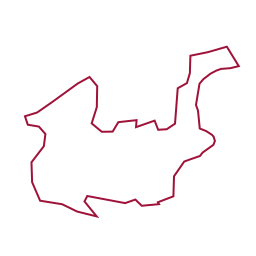 James City, Virginia, United States of America (orthographic projection), rotated 276°
{"feature_id": "52423323B62704656861756", "entity_name": "James City", "entity_type": "district", "adm_level": 2, "iso_a3": "USA", "parent_name": "United States of America", "parent_adm1": "Virginia", "projection": "orthographic", "projection_center": [-76.748, 37.317], "detail": "fine", "context": "isolated", "style": "outline", "palette": "rose", "viewbox_px": 256, "rotation_deg": 276, "n_neighbors": 0, "source": "geoboundaries", "source_scale": "gbopen_adm2", "svg_char_len": 886}
<svg xmlns="http://www.w3.org/2000/svg" viewBox="0 0 256 256"><g transform="rotate(276 128 128)"><path d="M128.9,24.3L120.8,28.0L120.1,39.2L113.4,46.5L101.1,46.2L83.8,35.6L64.1,38.3L46.5,48.2L45.3,70.5L39.6,86.1L36.8,106.1L50.4,92.4L56.1,94.6L53.0,133.0L57.6,142.8L52.1,149.8L55.5,166.8L57.3,165.5L64.8,180.3L84.8,178.8L86.6,179.8L100.5,187.4L103.3,193.1L107.7,202.5L111.4,204.8L120.2,214.7L124.2,215.8L128.3,214.1L130.0,212.2L133.1,206.1L135.0,199.4L152.6,195.8L158.0,193.2L179.6,194.5L184.5,197.9L190.6,204.3L194.3,209.8L196.5,214.4L198.2,223.5L201.1,231.7L219.2,217.8L211.7,199.3L206.4,182.5L189.0,183.8L178.8,181.9L172.7,173.3L137.2,174.3L130.8,166.6L129.4,158.2L138.1,153.7L129.7,135.9L136.7,135.7L132.8,117.8L122.8,113.1L121.5,102.3L128.8,91.4L145.5,94.8L166.4,93.0L174.7,84.4L167.2,73.6L145.2,49.1L133.9,36.0L128.9,24.3Z" fill="none" stroke="#9f1239" stroke-width="2"/></g></svg>